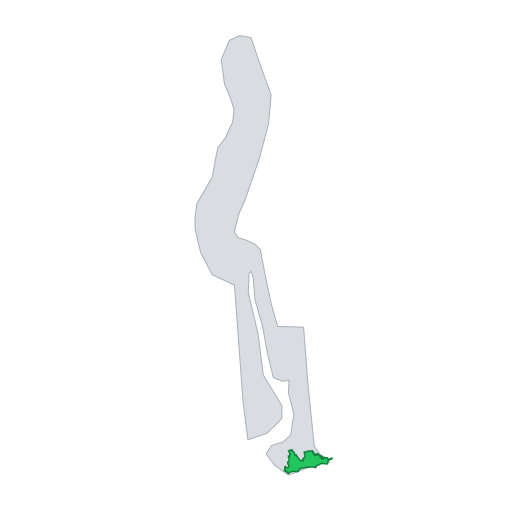 Kombo South, West Coast, Gambia shown in context, rotated 265°
{"feature_id": "56634734B1390118495461", "entity_name": "Kombo South", "entity_type": "district", "adm_level": 2, "iso_a3": "GMB", "parent_name": "Gambia", "parent_adm1": "West Coast", "projection": "mercator", "projection_center": [-16.741, 13.204], "detail": "fine", "context": "in_parent", "style": "filled", "palette": "green", "viewbox_px": 512, "rotation_deg": 265, "n_neighbors": 0, "source": "geoboundaries", "source_scale": "gbopen_adm2", "svg_char_len": 5438}
<svg xmlns="http://www.w3.org/2000/svg" viewBox="0 0 512 512"><g transform="rotate(265 256 256)"><path d="M73.7,231.9L111.1,230.4L156.3,231.0L205.7,231.7L228.9,232.0L241.1,210.7L264.3,201.2L288.1,197.7L300.4,198.7L313.5,201.8L338.5,219.4L354.1,223.5L367.3,227.5L376.7,236.0L391.7,244.5L403.5,246.8L410.5,245.5L422.1,242.3L429.8,239.6L454.8,238.5L473.2,248.3L477.0,259.1L474.0,270.1L449.3,276.0L415.1,285.1L386.8,280.1L352.4,267.6L332.3,258.6L323.9,255.0L311.4,249.3L300.4,243.1L289.8,239.1L281.8,236.5L275.8,239.8L272.8,247.4L268.0,255.8L261.8,260.9L233.0,263.8L207.1,267.0L193.2,269.6L183.9,271.6L181.0,297.2L151.7,296.9L122.9,296.6L93.0,297.0L60.9,297.5L52.7,302.7L44.0,311.1L43.1,298.4L35.0,269.2L45.9,256.4L57.9,248.9L65.9,254.9L68.4,266.8L74.5,274.9L95.6,280.0L116.5,276.4L129.3,278.0L128.9,271.4L133.2,262.7L158.6,258.9L185.4,256.4L213.0,251.1L234.5,251.4L241.0,249.9L239.4,247.6L220.1,245.1L178.7,251.2L136.6,252.9L104.7,268.8L91.6,267.4L78.4,251.5L73.7,231.9Z" fill="#d9dde1" stroke="#a8b0b8" stroke-width="1"/><path d="M59.3,271.8L59.2,271.9L58.8,272.0L58.8,271.7L58.4,271.8L57.9,272.0L57.1,272.1L56.3,272.5L56.2,272.5L55.8,272.4L55.8,272.5L55.7,272.6L55.3,272.6L55.2,272.6L53.9,272.0L53.7,272.0L53.7,271.9L53.6,271.6L53.5,271.2L53.8,271.1L53.8,270.9L52.9,271.2L52.4,270.8L52.2,270.8L51.9,271.3L50.1,271.2L48.3,270.6L48.3,270.4L48.1,270.4L48.1,270.0L47.8,269.9L47.8,269.5L47.7,269.5L46.6,269.7L46.3,269.6L46.2,269.8L45.8,270.0L45.8,269.9L45.3,270.0L45.1,270.3L44.4,270.4L43.8,270.5L43.2,270.4L42.9,270.2L42.9,269.8L42.7,269.7L42.3,269.4L42.2,269.5L42.5,268.9L42.6,268.5L42.9,268.0L42.8,267.3L42.8,267.2L43.1,267.0L43.7,266.7L43.4,266.5L43.2,266.5L43.1,266.4L42.9,266.6L42.6,266.5L42.4,266.4L42.2,266.4L42.1,266.2L41.7,266.2L41.3,266.3L41.2,266.4L41.2,266.5L40.7,266.4L40.6,266.5L40.3,266.4L40.2,266.3L40.2,265.9L40.4,265.8L40.4,265.7L40.2,265.6L39.8,265.6L39.5,265.7L39.4,265.8L39.3,266.3L38.9,266.2L38.8,266.4L38.8,266.7L38.8,267.0L38.7,267.4L38.5,267.8L38.2,268.2L38.0,268.5L37.7,268.6L37.4,268.4L36.9,268.6L36.8,268.8L36.8,269.0L36.5,269.4L36.5,269.5L37.1,270.1L37.5,270.7L37.7,271.2L37.8,271.5L38.0,272.2L38.1,272.5L38.1,273.0L38.1,273.9L38.2,274.4L38.2,275.2L38.1,275.7L37.9,276.6L37.8,276.9L37.7,277.2L37.6,277.3L37.7,278.1L37.6,278.4L37.6,278.9L37.6,279.1L37.8,279.3L38.0,279.5L38.5,280.0L38.7,279.9L38.9,279.9L39.2,280.0L39.3,280.1L39.6,280.4L39.8,280.5L40.0,280.8L40.2,281.4L40.2,281.6L40.3,282.0L40.5,282.3L40.6,283.0L40.7,283.4L40.7,284.0L40.9,284.9L40.9,285.5L41.0,285.8L41.0,286.5L41.1,287.7L41.1,288.6L41.0,290.8L41.1,291.3L41.0,292.6L40.9,293.3L40.9,293.8L40.9,294.0L40.8,294.4L40.7,294.5L40.7,294.9L40.5,295.4L40.5,295.7L40.4,296.1L40.4,296.3L40.3,296.5L40.0,296.7L39.9,296.8L40.0,296.9L40.6,297.2L40.7,297.4L40.8,297.6L41.2,297.4L41.3,297.4L41.5,297.5L41.7,297.8L41.9,298.0L42.0,298.3L42.1,298.8L42.2,299.0L42.4,299.1L42.5,299.2L42.5,299.5L42.5,299.9L42.4,300.4L42.5,300.7L42.7,301.2L42.8,301.4L42.9,301.5L43.0,301.5L43.3,301.7L43.5,302.1L43.5,302.3L43.5,302.9L43.6,303.3L43.6,303.5L43.5,303.9L43.4,304.8L43.2,305.6L43.2,305.8L42.9,307.1L42.9,307.5L42.7,308.6L42.7,309.0L42.8,309.1L43.0,309.1L43.3,309.3L43.7,309.4L44.2,309.5L44.3,309.5L44.5,309.5L45.1,309.8L45.4,310.0L45.7,310.3L45.9,310.6L46.8,312.1L47.0,312.8L47.1,313.4L47.5,314.2L47.8,314.3L47.9,314.1L48.0,313.7L47.8,313.1L47.8,312.8L47.4,312.3L47.4,312.2L47.3,311.9L47.3,311.7L47.4,311.4L47.2,311.2L46.9,310.7L46.8,310.2L47.0,309.9L47.1,309.7L47.4,309.7L47.6,309.7L48.0,309.9L48.4,309.8L48.4,309.6L48.6,309.6L48.8,309.4L48.9,309.1L49.0,308.9L49.1,308.5L48.9,307.6L48.7,307.4L48.5,307.2L49.0,307.0L49.3,306.8L49.4,306.7L49.4,306.4L49.6,306.2L49.4,305.8L49.1,305.8L48.9,305.9L48.8,305.7L48.7,305.5L48.4,305.4L48.1,305.2L47.9,305.0L48.1,304.6L48.0,304.3L48.0,304.1L48.1,303.9L48.3,303.7L48.7,303.6L48.9,303.6L49.0,303.7L49.0,303.8L48.9,303.9L48.8,304.0L49.0,304.5L49.4,304.7L49.6,304.7L49.9,304.7L50.4,304.5L51.0,304.2L50.9,303.8L50.8,303.7L50.7,303.7L50.6,303.8L50.4,303.9L50.2,303.7L49.9,303.5L49.7,303.3L49.6,303.1L49.6,302.8L49.5,302.6L49.6,302.4L49.8,302.3L50.0,302.4L50.0,302.7L50.0,302.8L50.4,302.9L50.7,302.9L51.1,302.7L51.5,302.6L51.7,302.4L52.0,302.2L51.9,302.0L52.1,301.6L52.1,301.4L51.9,300.9L51.9,300.7L52.0,300.6L52.3,300.9L52.5,301.0L52.9,301.0L53.3,300.7L53.5,300.4L53.8,299.7L53.8,299.4L53.8,299.2L53.7,299.1L53.3,299.0L53.3,298.9L53.2,298.8L53.0,299.0L52.6,298.8L52.3,298.5L52.3,298.2L52.0,297.9L52.0,297.5L52.1,297.3L52.3,297.2L52.5,297.4L52.6,297.8L52.9,297.8L53.2,297.7L53.4,297.4L53.5,297.2L53.4,296.9L53.1,296.5L53.1,296.3L53.2,296.2L53.4,296.3L53.5,296.3L53.6,296.6L54.4,296.6L54.7,296.6L54.9,296.5L54.9,296.4L54.9,296.1L54.8,295.6L55.0,295.5L55.5,295.3L55.8,295.4L55.9,295.7L56.1,295.8L56.3,295.7L56.5,295.6L56.5,295.3L56.9,295.4L57.0,294.5L57.0,293.5L57.1,292.7L57.1,291.3L57.2,290.4L56.5,289.8L56.5,287.0L54.3,287.0L53.3,287.4L52.6,287.5L52.1,287.4L51.7,287.0L51.5,286.9L51.1,286.8L51.0,286.7L50.7,286.5L50.7,286.3L50.5,286.1L50.3,286.0L50.0,285.7L50.2,285.2L49.8,285.0L49.5,285.0L49.4,284.9L49.1,284.9L48.9,284.9L48.4,285.1L47.8,285.4L47.7,285.3L47.9,284.9L48.0,284.6L48.0,284.4L48.1,284.2L48.4,283.2L48.5,282.2L53.0,279.3L53.1,279.1L54.3,278.9L54.3,278.5L54.2,277.9L54.2,277.4L55.6,277.3L56.0,277.2L56.3,277.1L57.3,276.5L58.9,275.5L58.9,274.9L58.9,274.6L59.5,274.6L59.9,274.7L59.8,274.1L59.6,274.0L59.6,273.7L59.4,273.0L59.5,272.7L59.4,272.4L59.4,272.1L59.3,271.8Z" fill="#22c55e" stroke="#15803d" stroke-width="1.5"/></g></svg>